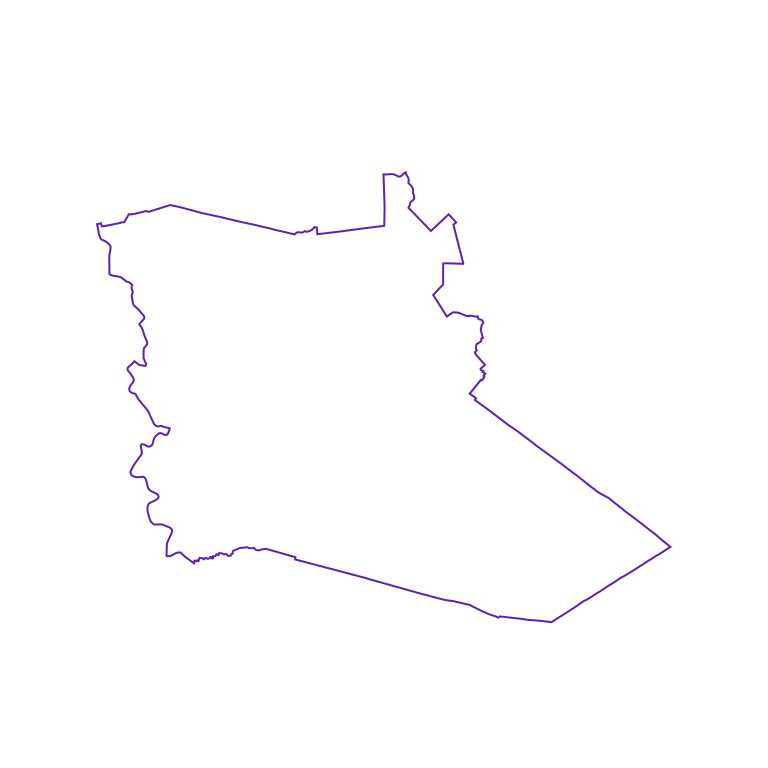 Nga Nam, Sóc Trăng, Vietnam (orthographic projection), rotated 279°
{"feature_id": "81297802B9638596310151", "entity_name": "Nga Nam", "entity_type": "district", "adm_level": 2, "iso_a3": "VNM", "parent_name": "Vietnam", "parent_adm1": "Sóc Trăng", "projection": "orthographic", "projection_center": [105.605, 9.526], "detail": "fine", "context": "isolated", "style": "outline", "palette": "violet", "viewbox_px": 768, "rotation_deg": 279, "n_neighbors": 0, "source": "geoboundaries", "source_scale": "gbopen_adm2", "svg_char_len": 6106}
<svg xmlns="http://www.w3.org/2000/svg" viewBox="0 0 768 768"><g transform="rotate(279 384 384)"><path d="M174.9,586.6L179.7,592.0L187.0,600.3L194.7,608.9L201.1,615.5L202.4,617.7L206.0,621.9L209.8,626.0L213.4,630.3L219.1,636.4L224.3,642.5L229.5,648.0L230.9,650.0L234.5,654.4L247.6,669.3L251.7,673.8L253.4,675.9L257.0,679.9L258.6,681.9L263.2,687.2L264.3,688.2L267.8,692.4L274.7,680.7L277.1,677.1L283.1,666.0L286.6,659.9L296.7,640.8L297.5,639.8L303.5,628.9L306.5,623.9L309.4,615.4L311.0,611.7L315.0,604.3L324.6,587.3L326.7,583.0L327.6,581.5L330.2,576.5L332.9,571.8L333.0,571.4L334.5,568.5L345.8,546.3L351.0,536.8L357.6,524.5L362.7,513.7L369.6,500.9L376.2,488.6L379.5,481.8L379.8,481.6L380.8,479.4L382.5,476.2L384.4,477.1L387.8,470.1L400.9,477.7L403.3,479.2L402.9,480.1L406.7,482.1L407.6,481.0L410.0,482.4L411.1,479.7L412.2,480.3L412.7,478.3L413.3,477.2L413.7,477.0L414.4,477.2L418.7,480.7L419.5,479.9L422.1,476.6L427.4,470.3L427.9,470.0L429.0,468.9L430.1,469.1L431.8,470.3L433.5,469.2L434.1,469.1L437.7,469.1L441.3,473.2L441.9,473.4L444.1,473.0L444.8,474.5L452.5,471.1L455.6,471.2L457.3,471.3L460.3,472.5L462.0,471.2L462.6,470.4L462.9,467.2L465.5,465.7L465.3,465.4L464.9,464.4L464.9,463.1L465.1,458.5L464.8,457.9L464.3,457.5L464.2,457.2L464.2,454.1L465.7,448.1L466.1,445.7L466.0,444.4L465.8,443.5L465.8,441.6L465.6,441.1L463.4,438.4L461.9,436.9L460.4,435.6L479.6,418.7L491.6,426.8L512.4,423.6L513.1,427.4L515.1,443.4L515.6,443.4L551.8,427.8L552.2,427.6L554.8,430.0L555.7,429.0L561.7,421.3L549.9,412.2L542.5,406.4L561.9,380.6L564.0,381.3L566.9,381.6L567.9,382.0L570.9,384.5L571.9,384.8L573.5,384.5L575.5,383.8L576.8,382.8L579.6,382.5L580.7,382.3L581.9,381.6L583.7,380.3L584.9,378.7L586.3,376.7L589.4,376.5L590.4,376.2L591.8,375.4L593.6,374.0L594.8,372.8L595.4,372.5L596.1,372.4L597.0,373.0L596.0,371.6L595.0,370.6L592.3,368.7L591.8,368.1L591.2,366.7L591.2,365.6L591.6,364.7L592.5,361.5L592.6,360.1L592.5,358.3L591.4,354.0L590.9,350.7L563.7,356.0L557.5,357.1L540.3,359.5L534.7,340.2L527.9,317.3L521.5,294.7L528.1,293.2L528.1,290.8L526.8,290.1L524.9,288.5L523.5,286.6L522.5,284.6L522.3,283.3L522.6,281.8L521.2,280.3L520.7,279.0L520.5,275.9L520.2,274.7L519.4,273.6L517.7,272.1L518.7,260.6L519.1,253.2L519.9,246.0L520.2,240.7L520.9,232.4L521.6,219.1L522.6,204.6L523.2,198.1L524.4,177.2L526.7,155.6L527.3,144.8L517.3,124.7L517.6,121.8L513.2,111.6L511.9,107.7L511.8,105.5L504.5,102.6L503.1,101.9L502.5,99.1L501.8,98.3L500.7,95.3L496.5,84.0L495.6,80.6L498.4,79.4L497.0,75.6L491.3,77.7L487.3,79.0L483.8,81.1L482.7,81.9L482.0,84.1L481.5,86.3L479.8,89.4L477.9,91.9L476.9,92.5L473.1,92.8L467.4,92.6L461.0,93.7L455.4,94.7L451.2,95.2L449.6,95.7L449.0,96.9L448.6,99.2L448.6,105.2L448.2,107.8L444.8,113.7L444.6,116.2L442.7,119.7L439.8,119.6L438.4,119.9L436.4,121.1L434.9,121.6L433.2,121.1L431.6,121.0L429.9,121.5L427.7,122.4L425.7,122.9L422.8,124.3L418.9,130.2L415.4,134.1L414.2,135.8L412.2,137.0L410.8,136.8L406.3,133.8L405.2,133.2L404.4,133.2L403.6,134.2L401.0,136.4L399.7,137.2L393.2,140.4L390.1,142.6L387.3,143.8L386.1,143.8L383.9,142.6L382.3,141.5L381.0,141.2L375.9,141.8L372.1,142.5L368.9,144.2L366.9,145.9L365.1,145.9L364.5,145.2L364.5,139.5L365.3,137.8L367.4,134.1L361.4,129.5L360.4,128.6L359.3,128.2L357.4,128.8L355.3,131.3L351.8,134.6L350.2,135.8L348.6,136.3L346.8,135.9L342.3,133.6L339.6,133.0L337.3,133.8L336.0,135.6L335.3,140.1L330.3,144.0L329.5,145.1L328.3,146.3L321.1,154.4L319.5,155.9L315.6,158.3L308.6,163.0L307.7,164.2L306.9,165.9L306.7,166.6L306.9,168.1L307.6,169.8L307.7,170.5L307.1,173.9L306.9,178.4L306.6,179.4L306.2,179.5L301.4,178.4L300.1,177.7L299.8,177.1L299.5,175.6L299.6,174.7L300.4,172.2L300.6,171.1L300.4,170.1L299.9,169.2L296.9,166.7L295.3,165.8L293.7,165.3L288.4,164.8L287.3,164.3L286.3,163.4L285.5,162.1L285.3,160.7L285.5,159.9L286.6,157.0L286.7,154.5L286.5,154.1L286.0,153.6L284.7,153.5L278.3,155.6L277.3,155.7L276.0,155.3L273.4,153.8L264.5,149.5L258.6,147.4L257.4,147.3L256.5,147.6L255.2,148.3L254.2,149.3L253.5,151.2L253.2,153.4L253.8,157.1L254.6,160.0L254.6,160.7L254.4,161.5L253.6,162.7L252.6,163.6L249.8,165.0L245.7,166.6L244.6,167.2L242.6,169.1L242.0,170.0L239.7,177.4L238.2,178.7L237.4,179.1L236.3,178.9L235.0,178.2L233.3,176.2L229.5,170.8L228.9,170.4L226.9,169.8L224.1,169.7L220.6,170.7L215.0,173.2L211.8,175.1L210.1,177.3L209.4,178.6L209.3,179.8L210.5,185.7L210.4,187.7L208.7,194.9L207.4,196.9L206.5,197.5L205.6,197.7L203.7,197.6L196.5,195.5L193.1,194.7L190.8,194.7L181.0,196.0L180.3,196.2L180.0,196.6L180.1,197.9L180.8,200.2L184.7,205.3L185.7,208.6L185.7,209.5L182.0,215.0L177.2,224.4L178.9,224.6L179.4,224.5L179.8,224.5L180.1,224.9L180.1,225.1L179.6,225.9L179.6,226.2L180.0,226.6L180.3,226.8L180.6,227.2L180.6,227.4L180.0,228.2L180.0,228.5L183.0,228.8L183.3,228.9L183.4,230.9L183.6,232.1L183.6,232.4L182.6,233.3L182.6,233.5L183.9,234.6L184.2,235.0L184.3,235.5L184.1,235.8L183.9,236.6L183.8,237.2L184.3,238.4L184.8,239.0L185.6,239.2L186.0,239.6L186.1,240.0L185.9,240.4L185.2,240.7L184.9,241.1L184.8,241.5L184.9,242.1L185.1,242.4L185.4,242.4L186.6,241.8L187.0,241.8L187.3,242.1L187.3,243.4L187.4,244.0L187.8,244.4L189.2,245.0L189.6,245.4L189.7,245.6L189.7,245.9L189.2,246.5L189.0,247.0L189.1,247.3L190.8,247.4L191.1,247.5L191.3,247.8L191.3,250.9L190.8,251.9L190.7,252.5L190.8,253.1L191.2,253.7L191.3,254.8L191.1,255.3L190.0,256.4L189.8,256.9L189.8,257.5L190.3,258.2L190.5,259.5L191.5,259.6L191.9,259.7L192.6,260.9L193.0,261.0L194.4,260.8L195.0,260.9L195.6,261.2L197.6,264.2L198.2,265.7L199.0,266.4L199.5,267.2L199.8,268.2L200.5,271.6L201.4,274.1L201.4,274.5L200.8,276.1L200.8,276.9L201.2,279.6L201.7,281.0L201.7,281.3L201.5,281.7L200.9,282.2L200.3,283.2L200.0,284.0L200.0,286.2L200.3,286.9L201.5,289.0L202.3,292.0L202.8,292.7L199.1,323.6L196.8,323.7L189.5,396.3L188.9,400.0L184.1,440.8L182.4,455.5L182.2,458.6L181.4,466.1L181.1,468.4L180.2,478.5L180.3,480.9L180.3,485.2L180.4,487.2L180.1,489.6L179.8,495.3L179.4,499.0L179.3,503.1L177.6,507.9L175.0,516.3L173.6,521.5L172.9,524.6L171.8,531.2L171.6,532.1L171.0,532.9L171.0,533.1L171.6,534.0L172.4,534.5L172.6,536.1L173.6,558.0L173.5,561.9L174.5,574.8L174.9,583.7L174.9,586.6Z" fill="none" stroke="#5b21b6" stroke-width="2"/></g></svg>